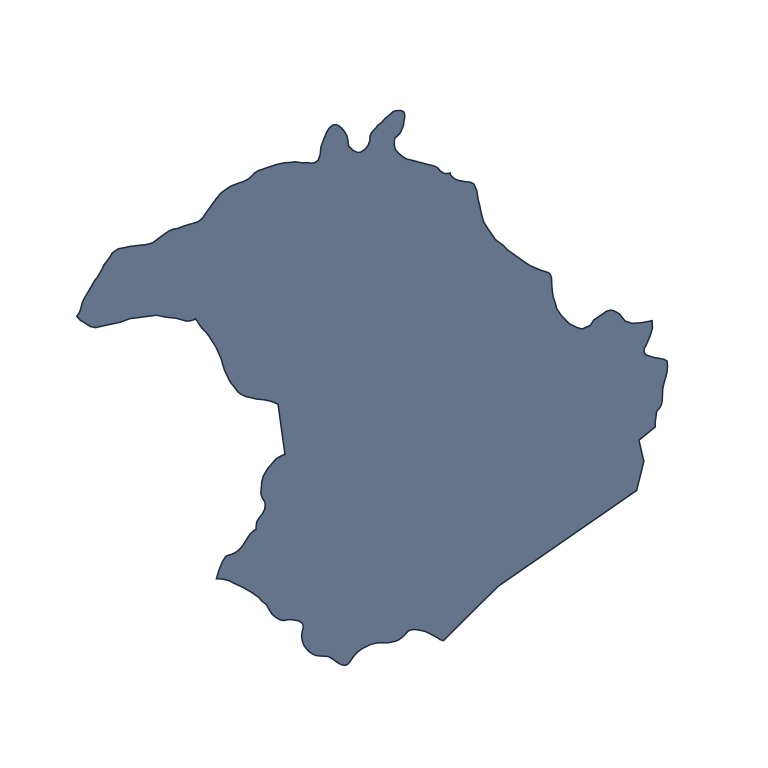 Des Blanchard, Micoud, Saint Lucia (Mercator projection), rotated 165°
{"feature_id": "8701671B70067848832200", "entity_name": "Des Blanchard", "entity_type": "district", "adm_level": 2, "iso_a3": "LCA", "parent_name": "Saint Lucia", "parent_adm1": "Micoud", "projection": "mercator", "projection_center": [-60.933, 13.812], "detail": "fine", "context": "isolated", "style": "filled", "palette": "slate", "viewbox_px": 768, "rotation_deg": 165, "n_neighbors": 0, "source": "geoboundaries", "source_scale": "gbopen_adm2", "svg_char_len": 5883}
<svg xmlns="http://www.w3.org/2000/svg" viewBox="0 0 768 768"><g transform="rotate(165 384 384)"><path d="M265.5,570.8L267.2,570.7L268.9,571.1L270.0,571.3L271.8,572.2L273.9,574.6L274.5,575.3L276.1,578.8L278.7,581.3L282.3,583.4L284.9,584.7L288.7,587.0L292.2,588.9L295.1,590.7L297.0,591.7L300.2,593.5L303.5,595.2L305.9,597.5L306.9,598.7L307.6,599.5L309.8,602.6L311.2,605.1L312.3,607.9L312.3,609.8L312.4,610.9L311.8,613.3L311.1,616.2L310.4,617.7L309.9,618.7L306.9,620.0L304.0,621.8L301.9,623.9L300.5,625.8L298.5,628.4L297.6,630.5L296.5,633.0L294.9,636.4L294.2,639.0L294.4,641.7L295.4,642.8L297.6,644.0L298.5,644.2L299.8,644.5L301.1,644.8L302.8,645.0L304.9,644.7L307.2,643.4L309.2,642.5L311.3,641.5L314.0,640.4L317.6,637.9L319.9,636.7L323.1,635.5L325.6,633.4L329.2,631.3L331.3,629.7L333.4,627.0L333.8,625.6L334.7,622.8L335.4,621.8L336.3,620.5L337.6,618.7L339.1,617.4L341.3,615.9L343.8,614.8L346.7,614.0L349.5,614.5L351.0,615.6L353.1,617.4L354.8,620.1L356.4,622.9L356.3,625.8L355.7,628.7L355.7,629.7L355.6,631.0L355.6,633.4L356.3,636.5L357.3,639.4L358.7,642.2L361.2,645.5L363.1,646.9L364.5,647.2L365.8,647.3L367.1,647.1L369.3,646.1L370.8,645.3L373.2,643.1L374.5,641.7L376.0,639.7L378.3,636.7L380.0,634.4L381.8,631.9L383.2,630.0L384.6,626.7L385.5,624.1L386.5,621.8L388.0,619.7L389.6,617.2L391.1,616.6L393.4,615.8L395.1,615.8L397.0,616.1L398.2,616.6L400.1,617.4L402.3,618.1L405.7,618.8L409.3,620.4L410.1,620.7L412.0,621.6L415.8,622.1L416.8,622.2L420.1,622.9L422.5,623.4L427.3,623.7L431.5,623.9L434.9,623.6L439.5,623.4L444.4,623.0L446.9,622.8L449.5,622.7L452.1,622.1L454.2,621.4L456.1,620.3L458.3,618.9L459.8,618.1L462.7,616.9L464.2,616.7L466.3,616.1L469.4,615.8L474.4,615.5L477.1,615.2L480.4,614.9L483.7,613.8L487.9,612.3L491.3,611.0L493.8,609.6L495.9,607.9L498.0,606.5L499.6,605.1L501.6,603.6L503.2,602.2L503.7,601.9L505.3,600.4L508.1,598.2L509.1,597.5L510.2,596.5L512.2,595.0L514.7,592.6L515.2,592.1L516.6,591.1L518.5,590.1L521.1,589.0L523.4,588.7L526.6,588.6L530.7,588.6L533.6,588.5L535.9,588.4L539.3,588.1L542.6,587.7L545.1,587.9L548.3,588.1L549.3,587.9L551.2,587.6L552.6,587.2L555.3,586.4L556.0,586.1L559.2,584.9L561.3,584.2L564.4,582.9L566.7,581.9L568.0,581.4L569.1,581.1L570.0,580.5L573.1,580.2L576.2,580.2L579.1,580.4L583.5,581.2L588.4,581.9L590.1,582.1L591.1,582.2L594.0,582.7L597.5,582.8L601.1,583.0L602.4,583.1L604.3,583.3L606.3,583.2L608.4,582.4L610.3,581.8L612.3,581.0L613.7,579.9L615.4,578.0L618.5,575.6L620.6,573.8L623.2,572.0L624.5,570.6L625.8,568.8L626.6,568.0L627.6,567.0L629.9,564.6L631.8,562.7L632.5,562.0L633.9,560.8L636.1,559.3L637.3,558.2L639.6,556.0L641.2,554.2L642.3,553.2L643.2,552.4L644.4,551.1L645.1,550.4L646.7,548.9L649.0,546.6L651.1,544.6L652.6,542.8L654.6,540.5L656.1,537.6L657.1,535.9L658.3,533.8L660.3,531.4L661.4,530.5L663.3,528.9L660.7,523.9L659.2,522.5L652.7,515.5L648.1,513.1L642.9,512.9L640.1,512.8L636.6,512.6L627.8,512.2L623.3,511.9L615.4,512.6L613.7,512.8L612.7,512.9L604.0,511.7L585.8,509.3L578.8,505.7L574.1,503.7L567.9,501.4L558.8,496.0L554.6,495.1L552.9,495.2L550.9,495.3L549.2,496.0L546.6,488.1L544.5,483.0L543.1,481.2L540.3,474.7L539.7,472.0L536.9,463.7L536.4,460.7L534.8,450.6L534.7,443.9L534.5,438.7L533.2,431.6L532.6,428.3L531.5,424.4L529.1,419.0L527.1,414.0L525.0,411.3L520.8,407.7L517.5,406.0L511.0,402.4L507.7,401.2L503.8,399.7L498.1,396.8L494.6,394.3L491.6,391.8L494.4,369.6L497.9,341.5L499.3,341.7L502.4,341.1L507.5,339.7L511.5,337.0L518.2,332.5L524.5,326.3L527.5,320.9L530.3,313.0L531.3,310.1L531.2,305.8L529.6,300.7L530.1,298.0L531.5,294.2L534.8,290.3L538.5,287.6L542.4,284.1L544.3,279.8L545.3,276.7L547.9,276.1L549.4,275.2L551.8,274.0L554.3,271.9L556.6,269.8L560.3,266.3L563.3,263.7L566.9,261.5L568.5,260.7L571.1,259.7L574.7,259.0L577.3,258.9L578.3,258.8L579.4,258.8L580.7,258.7L582.1,257.8L585.9,254.5L588.2,251.4L589.5,249.8L589.9,249.3L592.2,246.0L594.0,243.1L596.3,239.2L592.6,238.1L588.5,236.3L584.0,233.7L581.4,231.1L576.5,227.0L572.3,223.5L570.3,221.4L566.3,217.5L563.5,214.2L560.2,210.2L558.3,206.1L556.9,204.2L555.6,202.5L554.3,200.4L553.7,197.0L553.0,194.5L552.4,192.4L551.6,190.5L550.4,188.6L549.6,187.5L549.3,187.0L546.0,183.6L544.2,182.3L541.2,181.3L537.8,181.2L534.6,180.4L530.8,178.8L528.4,177.6L525.7,175.2L524.6,173.5L524.9,170.2L525.8,168.1L526.6,166.9L527.0,166.2L528.7,162.2L529.3,158.2L529.3,156.1L529.1,153.5L529.0,152.1L527.4,148.2L525.7,145.1L525.4,144.5L522.8,141.6L519.8,139.2L516.7,138.0L513.4,136.9L510.6,136.0L508.4,135.2L506.1,133.0L504.0,130.7L501.8,127.8L499.1,125.0L497.1,123.4L494.1,122.2L491.8,122.6L488.9,124.4L486.1,126.9L481.5,130.4L478.1,132.3L473.3,134.1L468.0,135.2L463.6,136.0L457.3,135.6L452.2,134.3L447.1,133.0L444.4,132.8L439.0,132.6L436.0,133.1L435.1,133.4L432.7,134.3L429.8,135.8L424.5,139.1L421.9,139.5L421.1,139.5L417.8,138.9L414.6,137.5L410.6,135.6L408.4,134.4L406.5,132.8L404.8,131.4L402.6,129.2L398.5,125.6L397.7,124.7L396.1,122.7L393.1,120.7L349.4,145.8L325.7,159.2L167.5,215.8L153.0,242.0L152.3,263.7L133.0,272.4L132.1,276.4L130.2,281.0L127.8,286.7L123.3,290.1L121.8,291.6L120.1,294.8L119.5,296.0L117.8,301.4L116.1,307.0L113.3,312.4L108.0,321.2L106.1,326.3L105.4,328.1L104.7,333.0L107.1,335.4L109.1,336.4L116.6,339.9L119.8,341.9L123.0,344.0L124.5,346.7L124.1,349.1L123.5,351.1L121.6,352.6L114.5,361.4L110.2,368.5L109.0,374.2L108.6,375.8L109.3,375.8L120.1,376.6L128.8,378.5L134.8,382.4L138.5,390.9L142.3,394.7L145.7,396.7L150.5,396.7L154.3,395.1L164.8,391.6L169.3,387.4L178.3,385.8L181.6,387.8L182.6,388.4L187.6,392.6L189.7,394.8L195.2,404.8L197.6,411.9L197.6,417.5L198.0,423.6L197.6,428.5L196.4,435.6L194.7,443.2L194.9,446.6L196.4,449.0L202.8,453.2L212.3,460.5L219.9,469.3L230.1,481.8L232.7,486.7L235.1,489.7L238.9,494.5L243.4,507.0L245.8,515.0L245.8,525.5L245.3,530.9L245.3,537.8L244.3,547.1L244.5,547.9L245.5,554.1L248.4,556.6L251.4,557.8L254.5,559.0L260.1,561.9L262.1,563.4L264.0,565.6L265.7,569.1L265.5,570.8Z" fill="#64748b" stroke="#1e293b" stroke-width="1.5"/></g></svg>